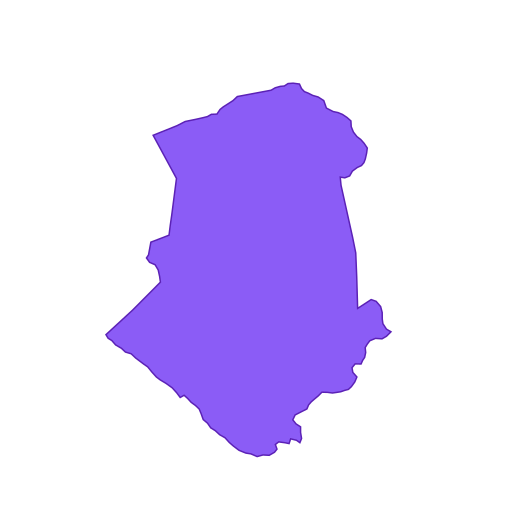 outline of Catu, Bahia, Brazil, rotated 307°
{"feature_id": "56859067B63538052754929", "entity_name": "Catu", "entity_type": "district", "adm_level": 2, "iso_a3": "BRA", "parent_name": "Brazil", "parent_adm1": "Bahia", "projection": "natural_earth1", "projection_center": [-38.421, -12.325], "detail": "fine", "context": "isolated", "style": "filled", "palette": "violet", "viewbox_px": 512, "rotation_deg": 307, "n_neighbors": 0, "source": "geoboundaries", "source_scale": "gbopen_adm2", "svg_char_len": 2073}
<svg xmlns="http://www.w3.org/2000/svg" viewBox="0 0 512 512"><g transform="rotate(307 256 256)"><path d="M102.9,183.5L101.3,187.4L101.7,191.8L100.5,197.4L101.3,204.1L100.7,209.5L102.8,215.2L102.1,221.4L102.1,227.3L102.1,231.9L102.3,236.2L100.7,242.6L99.4,249.3L99.4,254.1L100.1,260.5L100.3,268.5L99.0,275.1L97.4,280.6L101.5,282.4L101.1,287.1L100.1,292.4L100.2,297.6L99.6,302.7L97.1,307.0L93.6,312.3L93.3,317.9L91.5,323.3L92.0,328.6L91.4,334.5L92.2,340.7L91.0,346.9L90.6,352.5L90.6,359.4L92.5,366.5L94.9,371.0L96.5,377.6L101.3,381.3L104.8,386.5L110.4,388.9L114.4,389.0L117.1,384.9L121.2,386.0L124.4,391.7L126.1,395.3L130.8,393.7L133.2,399.2L133.3,403.4L137.7,402.2L141.9,397.8L146.4,394.4L146.0,389.0L147.3,384.0L152.6,382.9L159.0,386.0L164.5,388.7L168.8,387.6L172.8,387.9L176.6,388.7L181.7,389.9L186.9,390.6L190.1,395.1L192.6,399.5L195.3,402.2L198.6,405.4L202.2,407.8L205.1,410.1L209.0,410.8L214.8,410.7L220.1,409.4L221.3,403.4L224.6,399.9L229.5,400.1L233.0,404.9L236.8,404.0L240.4,403.8L244.9,401.7L248.6,398.3L252.5,397.9L256.8,397.9L262.1,401.0L265.7,406.5L270.4,408.5L276.7,409.4L276.1,404.2L278.3,398.1L281.5,394.9L286.8,390.8L290.6,386.0L292.1,379.2L290.5,374.2L275.3,368.7L299.7,349.2L318.5,333.8L328.8,322.2L360.2,285.4L363.7,281.3L369.7,275.8L371.9,279.9L376.3,282.6L381.8,281.9L387.6,283.6L391.7,285.8L395.5,286.0L399.3,284.9L404.8,282.4L409.2,279.9L411.1,274.4L412.1,269.4L412.1,264.7L413.6,259.2L416.6,254.2L421.0,250.5L421.4,245.3L421.1,239.8L419.9,235.2L417.8,230.7L416.5,223.2L420.9,216.6L420.4,209.9L418.4,204.7L417.5,199.7L416.4,195.7L417.1,191.6L419.5,187.2L416.4,181.7L413.0,177.8L408.8,176.3L406.1,173.3L401.9,170.1L397.5,168.3L372.1,145.1L366.2,144.1L360.8,142.1L355.4,140.1L351.4,139.1L345.8,139.4L342.3,135.1L338.1,133.3L334.4,130.3L329.2,125.9L324.9,122.1L320.8,118.5L312.4,114.4L290.5,101.2L277.3,130.1L270.1,145.8L238.1,164.0L229.2,168.9L220.3,174.0L214.0,170.1L203.8,163.7L192.2,169.5L188.5,169.7L186.9,174.9L188.3,180.7L186.0,186.3L181.7,191.3L177.6,195.4L138.4,190.0L102.9,183.5Z" fill="#8b5cf6" stroke="#5b21b6" stroke-width="1.5"/></g></svg>